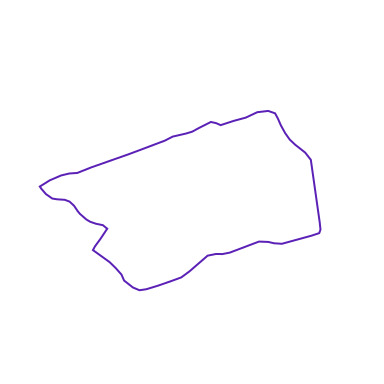 the district of Bayi-Brikolo, Haut-Ogooué, Gabon, rotated 215°
{"feature_id": "22940354B11019670045233", "entity_name": "Bayi-Brikolo", "entity_type": "district", "adm_level": 2, "iso_a3": "GAB", "parent_name": "Gabon", "parent_adm1": "Haut-Ogooué", "projection": "mercator", "projection_center": [14.109, -0.581], "detail": "fine", "context": "isolated", "style": "outline", "palette": "violet", "viewbox_px": 384, "rotation_deg": 215, "n_neighbors": 0, "source": "geoboundaries", "source_scale": "gbopen_adm2", "svg_char_len": 978}
<svg xmlns="http://www.w3.org/2000/svg" viewBox="0 0 384 384"><g transform="rotate(215 192 192)"><path d="M319.8,109.2L317.5,108.3L310.5,106.5L302.7,106.5L298.2,108.7L291.8,112.6L286.8,113.9L280.8,113.1L274.5,110.7L271.2,109.8L263.0,108.9L258.4,109.2L252.5,110.9L246.0,113.7L240.4,113.3L240.1,101.5L240.3,91.7L239.8,87.6L219.3,87.3L211.2,86.0L202.4,83.9L196.8,80.5L185.6,79.9L178.7,81.4L173.7,86.1L166.1,95.8L157.3,108.0L151.8,115.9L148.5,125.7L146.2,134.9L142.7,148.8L136.8,155.0L131.5,158.6L126.3,164.0L108.7,189.8L100.8,194.9L95.5,197.0L88.7,201.1L69.1,224.7L64.2,231.3L65.2,234.9L69.9,240.3L113.1,286.5L121.9,289.2L134.6,289.9L142.0,291.0L149.3,293.6L157.5,297.6L163.7,301.4L169.1,304.1L176.1,302.1L184.3,294.8L190.6,283.8L198.6,274.2L206.9,263.2L211.6,262.3L216.7,260.2L223.1,248.3L226.4,241.6L230.4,236.5L239.6,226.3L243.7,218.5L264.5,188.1L288.7,154.3L296.9,141.8L303.1,136.8L308.7,130.5L315.2,120.0L319.8,109.2Z" fill="none" stroke="#5b21b6" stroke-width="2"/></g></svg>